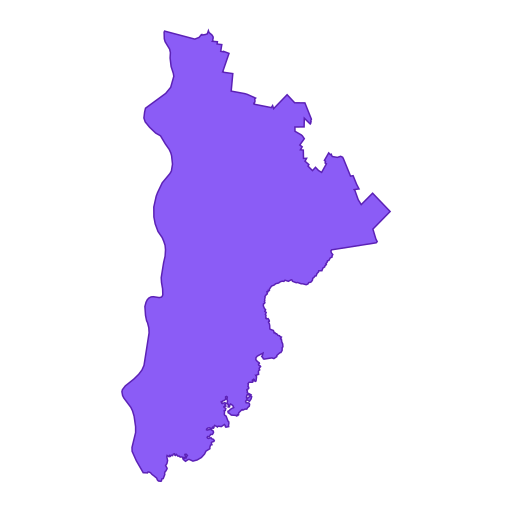 outline of Diamante, Entre Ríos, Argentina
{"feature_id": "61730980B26239176559323", "entity_name": "Diamante", "entity_type": "district", "adm_level": 2, "iso_a3": "ARG", "parent_name": "Argentina", "parent_adm1": "Entre Ríos", "projection": "natural_earth1", "projection_center": [-60.458, -32.245], "detail": "fine", "context": "isolated", "style": "filled", "palette": "violet", "viewbox_px": 512, "rotation_deg": 0, "n_neighbors": 0, "source": "geoboundaries", "source_scale": "gbopen_adm2", "svg_char_len": 6088}
<svg xmlns="http://www.w3.org/2000/svg" viewBox="0 0 512 512"><path d="M340.6,156.3L337.4,157.4L332.2,156.5L331.2,154.2L330.4,154.7L328.7,152.9L324.4,160.4L325.5,161.3L325.1,163.0L326.4,163.8L321.6,172.4L318.5,170.5L315.5,167.3L312.5,170.6L308.0,166.1L308.9,164.6L305.0,161.2L306.6,158.3L303.5,158.4L303.3,150.1L300.4,149.8L302.2,146.8L299.8,145.0L304.3,138.7L302.4,135.9L301.3,134.9L295.0,131.3L294.9,127.0L304.1,126.9L304.3,118.2L310.2,124.0L310.7,123.3L310.7,122.1L311.1,121.8L310.8,120.7L311.4,119.2L304.9,102.9L294.7,102.8L287.1,94.7L273.6,108.7L272.6,105.6L271.3,107.6L254.1,104.2L253.8,103.2L254.5,102.9L255.0,101.1L254.7,99.0L255.6,98.1L247.1,94.3L244.7,93.6L231.2,91.1L232.8,73.6L223.7,72.3L223.3,71.7L222.7,71.8L229.0,53.4L223.7,51.4L223.6,51.8L220.7,51.3L221.8,44.6L217.1,44.0L217.4,41.7L212.4,41.3L212.9,40.6L212.8,39.2L213.2,38.0L213.0,36.6L211.8,34.8L209.0,32.5L208.4,30.7L207.3,33.8L205.5,34.5L201.9,35.1L201.8,34.5L201.4,34.6L199.1,37.4L194.8,39.1L164.6,31.1L164.1,32.2L164.3,38.8L165.1,41.7L169.6,49.1L170.4,52.6L170.1,58.0L171.1,66.5L173.3,73.3L173.8,76.3L170.7,87.3L165.7,93.4L145.5,108.2L144.6,112.1L143.9,118.0L145.2,121.9L149.7,127.4L155.7,133.1L160.5,135.8L165.4,144.0L169.2,149.4L170.8,152.9L171.6,155.8L172.5,164.2L171.4,171.0L169.9,173.6L162.3,182.7L157.6,192.5L156.2,196.2L153.8,207.0L153.9,217.0L155.2,223.9L158.0,231.5L162.2,237.6L163.8,241.4L165.1,245.4L165.5,249.8L165.1,256.2L163.6,262.7L161.2,277.7L161.5,282.4L162.6,288.8L162.8,294.8L162.3,296.1L161.5,297.1L159.3,297.6L153.3,296.7L151.1,296.9L148.9,298.0L147.3,299.7L146.0,302.3L144.9,306.5L145.5,315.3L146.6,320.8L147.5,322.6L148.8,327.8L149.1,332.8L144.0,365.4L141.9,370.1L138.7,374.3L133.8,379.1L125.3,385.9L122.4,389.7L121.9,391.7L122.6,395.6L123.9,398.1L130.8,407.3L132.5,410.8L134.1,416.2L135.6,426.7L135.6,432.6L132.0,447.4L132.1,451.3L136.3,460.7L143.2,472.7L147.5,472.9L148.0,472.0L148.9,472.0L150.5,472.7L151.9,474.3L156.7,478.1L157.3,479.8L158.4,481.0L160.9,481.3L161.4,481.0L161.9,478.9L163.2,478.6L164.8,474.5L164.6,473.2L165.2,471.5L165.8,471.1L167.1,468.7L167.0,468.0L165.6,465.6L166.9,463.6L167.4,461.4L167.6,460.6L166.8,456.8L167.1,455.5L169.0,456.7L169.5,455.5L170.5,456.3L171.2,455.2L172.6,455.6L173.3,454.1L174.5,453.8L174.9,455.2L175.4,455.5L176.4,454.4L177.8,456.1L179.2,456.1L180.2,457.1L181.4,456.9L183.8,457.6L185.1,457.4L185.8,456.7L184.8,454.7L185.0,454.3L186.2,454.2L187.4,455.5L186.9,456.0L186.1,458.0L182.9,458.5L183.2,459.4L185.5,461.3L188.2,459.5L189.2,459.4L192.9,461.1L197.1,460.0L201.4,457.5L204.5,454.1L206.0,451.1L209.9,448.7L209.8,447.3L210.5,445.1L211.9,444.7L211.5,444.0L211.4,442.6L212.1,442.0L213.8,441.5L214.3,440.7L213.5,439.4L211.8,438.8L211.0,437.7L208.5,438.5L207.6,438.2L207.1,437.4L207.6,436.5L209.2,436.6L210.7,434.4L212.2,434.5L212.7,434.0L213.5,432.6L213.3,431.1L210.4,429.3L207.3,430.1L206.5,429.8L206.6,429.1L207.5,428.2L209.3,427.7L211.8,428.7L212.6,427.2L213.1,427.4L213.0,428.1L213.5,428.2L214.0,427.3L213.9,426.6L214.7,425.4L217.5,427.0L217.8,426.4L218.4,426.2L221.3,426.6L224.4,424.5L225.4,425.9L225.3,426.6L225.9,427.2L228.7,426.6L228.5,425.7L228.9,423.0L228.6,421.5L228.0,421.2L226.1,416.1L224.7,415.2L224.3,414.3L224.5,412.0L224.2,410.8L225.3,410.5L225.8,408.4L224.1,407.4L223.9,406.8L225.9,406.0L224.8,404.9L226.0,403.6L224.9,402.6L222.2,403.6L221.8,403.3L221.6,402.1L220.6,401.6L222.4,401.6L223.2,400.6L224.1,400.5L225.6,399.4L225.6,396.8L226.5,396.4L227.3,397.0L227.0,399.3L227.6,401.1L227.1,402.9L227.3,404.0L228.3,404.2L228.2,407.0L229.5,406.9L229.9,404.8L230.6,404.0L232.8,405.5L233.7,407.6L231.7,408.5L230.0,409.6L229.5,410.5L227.9,411.3L228.2,412.8L229.2,413.3L231.3,415.1L235.8,415.4L236.5,416.0L237.8,415.5L237.5,414.6L238.6,414.6L238.7,412.8L241.9,409.7L242.6,409.6L242.9,410.1L245.0,409.1L246.8,409.1L247.6,407.7L249.3,406.2L249.6,404.3L249.2,403.4L248.4,402.9L246.2,402.8L245.6,401.3L246.8,399.7L249.5,401.3L251.1,398.9L251.7,396.6L250.9,395.7L247.4,398.3L246.6,398.0L246.5,396.8L247.0,394.9L247.6,394.7L250.2,395.3L250.9,394.7L247.2,392.7L247.4,390.8L246.9,390.3L246.9,389.6L248.0,389.1L248.8,388.1L248.5,386.9L248.0,386.6L248.3,384.3L248.0,383.7L249.1,382.3L252.6,382.2L252.8,381.1L252.3,380.2L253.7,379.2L254.3,379.7L254.1,380.8L254.5,380.7L255.3,381.4L256.0,381.0L256.5,377.5L256.5,376.6L255.8,375.4L256.6,375.5L257.2,374.6L258.6,374.4L258.4,371.5L258.8,370.5L259.7,369.9L259.2,368.7L259.5,367.7L260.6,366.6L260.3,366.0L258.7,365.1L258.5,364.2L259.4,363.4L259.2,362.8L257.4,361.5L255.8,359.6L256.0,357.6L257.3,356.1L263.0,353.1L262.5,355.3L261.7,356.5L262.7,357.5L263.4,358.9L264.1,359.1L271.9,357.9L273.9,358.6L276.8,356.6L276.8,355.5L278.3,354.1L279.8,352.8L280.9,352.5L282.1,350.5L282.2,347.7L282.9,346.8L282.7,343.9L281.8,341.9L281.4,339.1L280.6,338.9L280.6,338.1L281.4,337.1L279.8,336.3L279.5,335.7L278.0,335.4L276.6,333.7L275.9,333.8L274.8,332.6L274.2,332.9L273.4,330.5L270.1,329.2L269.8,328.7L269.7,325.4L269.3,323.6L268.5,322.3L268.6,321.5L269.3,321.3L269.3,320.5L268.1,318.6L266.8,318.9L266.0,318.5L266.2,318.0L265.7,317.1L266.0,315.3L265.4,314.4L266.2,312.4L264.8,311.4L265.6,309.8L264.4,308.4L263.3,305.8L263.5,303.8L264.5,303.4L264.9,302.6L264.4,301.7L264.8,300.6L264.6,299.5L265.1,297.2L264.9,296.5L266.5,294.4L267.3,293.9L267.0,291.7L268.0,291.8L268.2,290.6L268.7,290.9L269.4,290.5L269.3,289.3L271.5,286.1L274.2,285.0L275.7,283.7L278.6,283.0L280.6,281.6L282.3,281.2L283.9,281.4L285.0,280.2L288.4,281.3L291.2,279.8L291.9,280.0L292.5,281.3L296.2,282.7L297.7,282.5L301.2,283.8L302.8,283.8L306.1,284.7L306.8,284.5L308.0,283.9L308.7,282.6L310.4,282.3L311.4,281.7L312.5,280.0L312.7,278.3L313.8,277.6L315.0,276.0L316.1,275.9L317.0,273.5L318.5,272.0L318.7,270.8L321.9,270.7L322.9,268.1L324.7,266.9L324.9,265.9L326.3,264.6L325.8,263.9L327.2,262.1L327.4,260.9L328.9,260.4L330.2,258.0L332.1,257.0L332.0,255.9L332.8,254.6L331.4,252.9L330.9,250.9L331.7,249.8L376.2,242.8L377.2,241.6L375.8,238.8L372.9,229.1L390.1,211.5L372.6,193.2L361.2,204.6L358.2,199.7L355.0,190.7L354.2,189.6L359.0,188.9L356.6,184.3L353.1,175.7L350.5,176.1L343.4,158.7L342.6,157.2L340.6,156.3Z" fill="#8b5cf6" stroke="#5b21b6" stroke-width="1.5"/></svg>